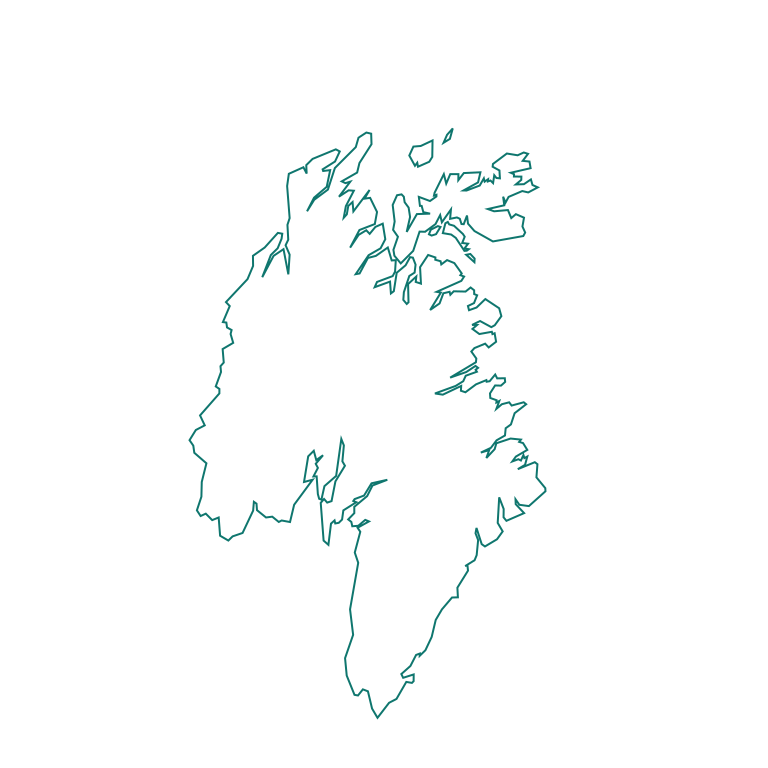 Highland, Natural Earth projection, rotated 127°
{"feature_id": "GBR-2745", "entity_name": "Highland", "entity_type": "Unitary District", "adm_level": 1, "iso_a3": "GBR", "parent_name": "United Kingdom", "parent_adm1": "", "projection": "natural_earth1", "projection_center": [-5.279, 57.587], "detail": "fine", "context": "isolated", "style": "outline", "palette": "teal", "viewbox_px": 768, "rotation_deg": 127, "n_neighbors": 0, "source": "natural_earth", "source_scale": "10m", "svg_char_len": 6172}
<svg xmlns="http://www.w3.org/2000/svg" viewBox="0 0 768 768"><g transform="rotate(127 384 384)"><path d="M327.2,559.7L325.2,555.7L329.7,553.2L339.6,550.6L349.1,552.0L372.0,545.5L348.1,549.3L336.8,545.4L354.0,526.4L337.5,537.2L332.4,546.1L326.4,547.3L315.0,556.9L308.3,559.2L284.2,580.5L273.4,586.5L259.4,578.8L262.5,572.4L256.0,577.8L247.2,576.5L225.6,563.7L224.9,559.3L235.8,557.0L249.5,562.2L250.5,560.8L245.6,555.7L261.0,548.4L277.3,552.0L292.4,549.4L278.9,550.6L262.5,545.8L241.1,553.2L211.8,549.1L202.6,552.6L193.8,549.4L191.8,544.9L200.0,538.3L222.3,536.6L231.3,532.7L247.6,539.7L246.8,535.7L242.7,532.7L261.5,532.7L250.6,528.8L247.8,524.4L264.9,521.5L275.5,516.2L270.9,515.8L263.3,519.7L257.6,518.6L264.6,512.3L237.7,512.3L247.7,511.1L243.7,507.1L250.8,493.1L261.8,487.6L275.8,496.3L295.5,493.1L280.2,494.0L271.9,490.7L272.7,485.8L263.7,485.4L256.7,481.5L267.6,470.1L277.7,468.4L290.4,473.8L313.3,472.7L310.4,470.0L293.0,472.7L286.6,467.6L272.7,463.1L280.7,452.2L278.0,449.1L287.6,442.8L292.6,442.0L306.7,451.0L312.3,449.7L298.6,440.8L307.5,433.0L304.0,432.0L287.5,440.8L276.2,438.2L267.0,439.5L265.7,437.0L269.7,430.6L276.6,426.6L282.5,428.8L298.7,423.4L305.2,419.2L306.4,414.0L304.0,413.6L289.7,424.9L278.7,422.9L283.4,420.1L281.6,414.9L269.0,425.5L254.4,426.4L252.0,419.1L253.9,417.8L251.9,412.7L254.0,410.2L247.1,408.2L245.1,400.6L248.9,388.5L251.1,388.5L250.0,384.7L255.1,384.3L278.7,397.4L276.8,393.6L297.1,391.7L286.2,388.1L275.8,391.2L270.9,387.1L272.8,384.7L268.0,384.1L261.1,374.5L254.8,372.9L254.9,368.4L257.9,366.1L257.1,363.0L265.2,360.8L271.2,363.9L273.9,360.5L267.2,356.1L255.2,354.2L254.2,337.6L259.2,331.1L270.4,330.9L274.0,332.5L275.9,345.2L283.8,349.2L280.9,345.2L286.8,346.5L286.7,337.9L277.4,329.3L278.9,327.4L276.9,326.2L282.8,319.9L291.8,322.4L290.9,327.5L300.9,333.4L305.5,333.8L308.1,325.6L311.3,323.7L339.1,335.0L324.9,325.5L314.5,321.8L314.5,318.6L317.5,319.4L318.3,317.2L328.2,323.7L334.1,322.4L342.4,325.6L360.9,337.6L357.1,330.6L339.1,321.2L343.1,318.5L341.6,314.0L328.9,310.3L319.3,304.6L320.4,303.4L318.2,301.3L309.5,300.9L311.4,297.0L306.7,291.0L309.4,288.5L314.9,289.6L318.3,294.4L327.7,293.7L331.2,290.7L329.2,284.3L331.2,283.1L328.2,281.7L336.2,279.3L329.2,277.7L323.3,273.0L324.4,269.1L314.5,261.4L314.6,258.3L328.7,262.1L339.9,258.3L346.1,260.2L352.3,256.4L361.2,260.2L370.6,260.2L380.5,265.4L373.5,260.2L381.5,257.7L369.5,256.4L363.7,258.6L351.4,250.1L346.0,241.2L348.9,241.2L347.5,237.4L350.4,229.9L362.6,235.0L368.6,234.9L363.2,231.4L362.7,228.6L356.8,229.9L358.7,227.3L355.7,225.9L363.7,222.7L371.5,225.9L355.7,216.5L355.7,213.2L366.8,206.1L370.1,192.5L372.5,190.5L394.3,194.8L399.0,203.2L396.9,209.6L400.7,206.5L402.8,194.4L419.6,203.9L418.5,208.3L411.8,213.2L405.2,223.8L426.5,209.6L430.3,200.5L440.0,200.3L453.0,205.6L453.1,209.6L443.3,223.5L448.1,221.1L452.0,214.9L464.9,207.0L470.2,205.6L480.6,209.6L478.5,208.3L482.5,204.6L502.5,202.8L509.9,196.6L513.6,201.2L529.1,202.1L541.3,200.7L557.3,193.7L571.7,190.7L579.6,191.9L577.7,193.2L581.1,195.3L593.3,193.2L605.2,195.6L607.1,191.9L598.1,185.5L603.5,181.5L605.9,181.8L608.5,186.9L628.0,184.5L635.5,188.1L654.5,188.3L650.4,198.2L639.1,211.9L640.6,217.1L648.4,217.3L650.0,220.5L639.3,238.3L626.4,250.1L602.9,257.7L584.4,275.5L542.3,297.0L536.2,305.9L516.3,314.0L514.7,318.6L502.8,313.3L503.8,317.2L512.7,319.2L516.7,323.7L513.8,327.1L513.7,331.1L505.0,330.0L500.0,333.8L483.7,330.0L472.0,332.1L458.5,323.7L470.8,334.2L485.1,332.8L493.6,338.2L495.9,338.1L495.1,335.0L509.4,340.4L517.5,335.9L522.1,336.6L524.7,339.0L522.7,341.4L527.4,342.3L545.9,331.6L545.4,338.0L517.0,363.0L511.9,362.7L512.9,358.0L509.1,355.4L491.0,364.2L472.8,366.0L470.8,370.7L457.2,379.1L453.6,385.0L486.2,366.9L501.4,370.1L514.0,364.4L514.7,366.7L511.7,370.6L498.3,382.2L500.3,384.7L490.8,386.3L488.8,390.5L477.6,389.8L485.5,392.3L479.6,399.9L487.4,401.0L510.4,388.9L503.4,383.4L534.5,383.1L550.8,376.0L554.6,383.6L557.5,385.0L557.2,393.4L561.6,397.9L561.2,409.5L556.3,413.8L556.4,417.0L563.9,412.3L588.1,407.3L596.8,413.2L602.7,414.1L603.8,423.6L590.1,435.7L596.1,439.3L594.8,448.3L599.8,451.0L597.5,457.4L583.9,462.0L571.9,470.6L554.2,478.1L553.1,494.1L548.0,499.2L545.9,505.5L534.0,506.6L524.9,502.3L519.8,512.0L490.6,509.8L487.0,512.5L487.2,516.9L472.5,521.4L468.2,525.3L463.3,524.9L453.2,533.9L441.9,529.2L436.4,536.6L432.6,538.2L433.3,543.4L429.8,546.9L431.5,549.9L414.6,554.1L413.7,559.5L382.4,556.1L368.5,559.6L360.5,565.8L346.8,561.4L327.2,559.7ZM145.1,428.0L142.7,429.4L126.0,424.6L120.9,414.9L115.0,411.7L113.5,407.5L122.3,407.5L118.8,401.7L123.4,396.8L139.0,409.9L138.2,406.4L140.1,405.1L135.7,399.1L138.4,397.2L145.3,398.8L140.2,392.5L132.2,389.8L135.7,385.2L134.4,379.5L144.2,384.1L146.7,389.7L159.6,397.1L166.0,396.1L162.7,401.6L168.9,395.5L181.8,406.4L179.8,400.0L170.5,389.7L174.9,382.2L169.0,380.9L166.9,372.3L174.9,368.2L178.1,362.4L182.0,361.8L204.6,382.8L207.4,403.8L205.4,413.4L199.5,419.1L208.4,416.5L209.6,418.4L206.4,422.9L207.1,426.0L212.3,430.6L204.3,435.6L220.0,435.1L215.3,440.8L225.3,439.1L237.7,442.8L240.9,447.3L260.1,440.8L277.6,443.2L275.3,452.9L271.2,457.2L258.0,461.5L255.4,469.5L247.8,473.3L235.8,484.8L225.4,487.2L222.0,484.1L222.5,480.9L226.4,476.9L228.3,470.5L234.9,463.7L248.9,457.4L228.5,460.0L220.2,449.7L223.1,456.0L219.1,461.1L220.1,462.5L213.6,468.8L210.2,457.4L202.7,455.0L201.3,456.0L203.4,457.5L200.8,458.7L180.4,462.5L186.5,454.9L176.5,457.4L171.6,450.9L176.5,447.3L167.5,447.2L156.9,434.4L166.4,430.2L181.6,437.0L179.8,434.5L167.9,427.0L159.7,428.0L161.8,425.4L157.8,424.1L159.7,422.9L157.4,421.4L157.9,417.8L150.9,421.6L151.8,418.2L150.0,415.2L144.0,420.3L145.1,428.0ZM179.3,481.6L190.0,487.6L187.3,490.6L191.1,490.6L186.3,501.3L176.7,503.4L171.8,497.9L160.3,491.8L173.6,482.1L179.3,481.6ZM217.3,428.0L215.5,423.3L216.7,411.3L217.8,408.2L224.3,406.4L221.4,401.3L227.4,401.3L225.3,397.4L227.7,398.1L229.3,399.9L224.1,414.6L224.2,420.3L228.1,427.8L218.7,431.7L216.2,430.6L217.3,428.0ZM232.6,439.5L225.5,436.0L224.6,433.4L233.0,432.6L236.8,435.3L237.4,438.2L232.6,439.5ZM138.5,482.9L148.6,478.9L155.5,481.6L147.0,483.6L138.5,482.9ZM231.3,396.1L228.2,393.3L229.3,387.1L232.3,385.1L231.3,396.1Z" fill="none" stroke="#0f766e" stroke-width="2"/></g></svg>